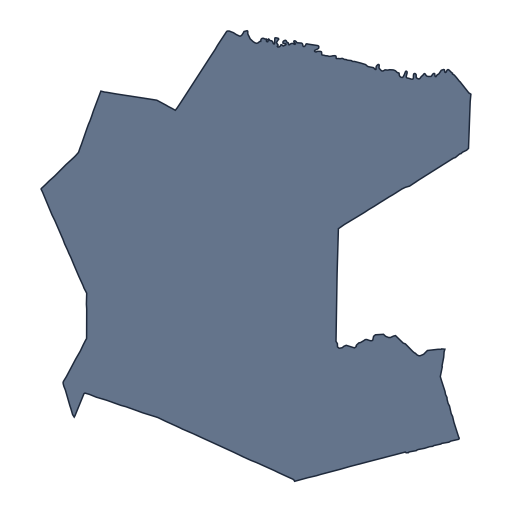 the district of San Pedro Carchá, Alta Verapaz, Guatemala
{"feature_id": "79465075B56532928318150", "entity_name": "San Pedro Carchá", "entity_type": "district", "adm_level": 2, "iso_a3": "GTM", "parent_name": "Guatemala", "parent_adm1": "Alta Verapaz", "projection": "robinson", "projection_center": [-90.098, 15.577], "detail": "fine", "context": "isolated", "style": "filled", "palette": "slate", "viewbox_px": 512, "rotation_deg": 0, "n_neighbors": 0, "source": "geoboundaries", "source_scale": "gbopen_adm2", "svg_char_len": 5766}
<svg xmlns="http://www.w3.org/2000/svg" viewBox="0 0 512 512"><path d="M470.9,94.2L469.4,93.2L468.9,93.0L461.4,83.5L460.1,81.8L459.5,81.4L456.5,77.6L454.3,75.1L452.5,74.0L452.5,73.2L451.6,72.6L449.4,70.4L448.6,69.7L447.9,69.6L447.1,70.1L446.8,70.7L446.1,72.1L445.4,72.5L444.8,72.1L444.7,71.6L444.6,70.6L444.4,69.8L443.7,69.5L441.7,70.1L441.2,70.4L438.9,73.8L438.0,74.4L437.3,74.7L436.8,75.4L436.0,76.6L435.3,76.6L435.0,76.0L434.7,73.7L434.1,73.4L433.4,73.6L432.7,74.2L432.4,74.6L431.8,75.6L431.1,76.4L428.6,76.5L427.4,76.3L426.8,76.1L426.1,75.5L425.6,74.6L425.1,73.9L424.4,73.6L423.8,74.0L422.8,75.3L421.5,76.4L421.1,76.8L420.2,78.1L419.6,78.7L418.8,78.9L418.1,78.8L416.7,78.0L416.2,77.3L416.2,75.7L416.1,74.6L415.6,73.9L415.2,73.6L414.4,73.5L413.7,74.0L413.5,74.9L413.4,75.9L413.4,77.9L413.1,78.6L412.8,79.1L412.3,79.2L411.8,79.2L411.2,79.1L408.8,78.3L407.5,78.1L406.8,77.8L406.3,77.2L406.3,76.2L406.6,74.9L407.1,73.1L407.1,71.9L406.5,71.2L405.7,71.3L405.4,71.8L404.3,74.6L403.2,76.7L402.9,77.1L402.2,77.5L401.6,77.4L400.7,77.1L399.9,76.4L399.4,75.5L399.2,74.6L399.1,73.2L398.4,72.8L397.6,72.7L396.8,72.1L395.7,71.0L395.3,70.7L393.9,70.1L393.1,69.9L389.7,69.7L387.8,70.1L387.3,70.1L385.8,69.9L384.9,69.9L384.4,70.2L383.8,70.6L383.1,70.9L382.3,71.0L381.8,70.9L381.3,70.6L379.4,68.6L379.0,67.5L379.1,66.6L379.2,65.6L379.2,65.0L378.7,64.5L378.1,64.5L377.4,65.0L376.3,66.3L376.1,67.4L375.9,69.4L375.3,69.5L374.6,68.9L374.1,68.2L373.3,67.6L369.0,66.8L367.6,66.4L366.0,64.9L365.4,64.5L360.9,63.1L354.3,61.4L352.9,61.5L352.1,61.2L351.7,60.7L350.9,60.5L347.7,60.2L347.0,60.0L346.6,59.7L345.9,59.5L344.7,59.5L344.0,59.2L342.5,58.4L341.8,58.4L340.2,58.7L338.2,58.5L337.2,58.6L336.7,58.6L336.2,58.3L336.1,56.8L335.9,56.1L335.1,55.7L334.0,55.7L332.7,55.8L331.2,56.2L329.0,56.4L327.8,55.9L325.4,55.7L324.1,55.3L322.1,55.0L321.7,54.2L321.7,52.9L321.4,51.8L320.6,51.4L317.6,51.3L316.3,51.9L315.6,51.9L315.0,51.7L314.6,51.3L314.6,50.6L315.1,50.2L317.0,49.3L318.2,48.6L318.7,48.1L318.8,47.3L318.8,46.5L318.5,46.0L318.0,45.7L317.3,45.5L308.1,44.1L307.3,43.9L306.2,43.9L305.3,45.6L304.6,46.3L304.0,46.6L303.3,46.4L302.8,45.4L302.7,44.5L302.4,43.8L302.0,43.4L301.5,43.1L300.7,43.0L297.4,42.8L296.9,42.6L296.4,41.9L295.8,41.3L295.2,40.9L294.5,40.8L293.8,41.2L293.9,42.0L295.1,43.4L295.4,43.9L294.9,44.4L294.1,44.2L293.4,43.6L292.7,43.4L291.3,43.5L290.4,44.0L289.6,44.7L288.9,44.8L288.6,44.2L288.4,43.4L288.1,42.7L287.3,42.5L286.9,42.0L286.3,40.9L285.6,40.3L284.8,40.4L284.1,40.7L283.6,41.0L283.1,41.5L282.9,42.6L283.1,43.4L283.9,43.6L284.8,43.6L285.7,43.8L286.0,44.3L285.7,44.9L283.3,46.0L282.7,45.7L281.8,44.8L281.0,44.7L280.3,46.0L279.8,46.5L279.4,46.8L278.5,47.0L277.8,47.0L277.3,46.3L277.8,45.8L278.1,45.1L277.8,44.5L277.2,43.8L276.5,42.4L278.0,40.1L278.7,39.3L278.5,38.5L277.9,38.2L276.0,37.8L275.1,37.8L274.8,38.5L274.6,43.4L274.1,44.0L273.4,43.7L273.0,42.8L272.7,41.9L272.3,41.3L271.6,40.8L270.6,40.6L269.8,40.4L269.4,39.9L269.1,39.3L268.5,39.0L268.1,39.5L268.1,40.5L267.9,41.6L267.5,41.8L266.9,41.7L266.3,40.9L266.7,39.3L266.1,38.9L265.3,39.1L264.5,38.8L264.0,38.5L263.4,38.3L262.5,38.3L261.9,38.5L261.3,39.0L261.0,39.4L260.7,41.4L260.0,41.4L259.4,41.6L258.9,42.2L258.1,42.8L257.4,43.1L256.5,43.3L255.8,43.1L255.0,42.8L253.2,41.7L250.2,38.9L249.0,36.3L247.9,34.2L247.8,33.0L247.8,31.5L247.6,31.0L247.1,30.7L244.0,31.5L243.3,32.9L242.0,34.9L240.7,36.0L239.8,36.2L236.2,34.5L233.5,32.7L231.1,31.8L229.5,31.1L227.7,31.0L226.7,31.4L218.3,44.1L217.0,46.2L215.2,49.4L211.1,55.6L180.7,102.6L177.1,108.0L175.3,110.3L172.0,108.4L167.9,106.3L166.5,105.4L156.8,100.2L116.0,93.9L106.8,92.3L104.7,92.1L100.9,91.1L93.3,111.2L91.8,115.8L90.0,120.8L88.5,124.2L87.0,128.3L81.4,144.5L80.4,147.0L78.5,152.4L75.6,155.7L73.9,157.4L66.0,164.6L54.4,176.3L49.2,180.9L45.4,184.7L41.2,188.6L41.1,189.2L42.5,192.0L52.1,215.1L54.8,220.5L61.9,236.9L62.9,239.1L64.6,243.8L67.6,250.2L68.9,253.4L70.8,257.3L73.8,264.6L78.8,276.3L82.9,285.2L84.1,288.3L86.7,293.2L86.4,304.2L86.7,309.0L86.6,337.6L86.5,338.8L85.7,340.0L83.2,344.9L80.3,351.1L75.7,359.0L66.5,376.4L63.5,381.3L63.1,382.3L63.2,383.8L63.9,386.4L65.4,390.1L70.0,406.1L70.8,408.4L72.6,414.6L74.2,417.1L75.0,415.7L84.0,393.6L85.0,393.1L89.5,394.4L96.6,397.3L106.2,400.1L121.0,405.4L125.9,406.7L142.7,412.8L155.6,416.8L158.0,417.6L165.4,421.2L179.7,427.7L182.4,429.1L192.3,433.3L204.9,439.1L212.4,442.5L234.0,452.4L243.5,457.0L251.0,460.4L255.9,462.3L274.4,470.6L278.0,472.4L286.9,476.5L292.9,479.2L294.2,480.3L294.6,481.3L297.6,480.5L307.8,477.7L316.5,475.7L320.7,474.4L340.5,469.2L349.8,466.5L404.3,452.3L405.2,452.0L406.1,452.8L408.4,452.7L409.2,451.9L416.4,450.6L417.3,449.8L418.8,449.4L424.6,448.3L429.5,446.7L432.8,446.3L433.7,445.6L441.0,444.0L441.7,443.4L448.9,442.2L450.8,441.1L458.7,439.3L459.2,438.4L459.1,437.8L458.7,437.2L453.9,422.2L452.6,416.5L451.2,413.6L449.5,406.0L448.1,403.4L447.1,399.4L447.0,397.5L445.5,394.4L445.0,391.4L441.5,380.6L440.3,376.6L442.3,366.7L442.0,366.1L443.7,357.3L444.1,351.8L444.9,349.2L441.6,348.9L441.2,349.3L437.9,349.3L427.4,350.5L423.6,354.3L420.3,355.7L419.1,355.8L417.3,355.1L415.2,353.1L414.6,353.0L412.7,351.4L405.4,343.9L403.2,343.1L395.5,335.6L393.4,336.1L390.5,337.5L388.6,337.5L385.6,336.3L383.5,334.3L376.7,334.7L375.4,334.8L373.6,336.3L372.8,340.0L371.9,340.7L370.2,340.7L366.7,339.5L365.2,339.6L364.0,340.5L360.6,342.5L358.8,342.9L356.6,345.0L356.2,345.6L356.3,346.5L354.5,347.9L346.2,345.3L343.7,346.4L342.3,347.7L339.2,348.3L337.5,346.9L337.4,343.6L336.0,341.4L337.1,273.6L338.4,228.7L344.4,224.5L362.0,213.9L365.1,212.0L368.8,209.5L373.9,206.5L379.2,203.1L389.1,196.9L392.8,194.8L401.9,189.0L405.4,187.3L409.6,186.1L418.9,179.9L453.3,158.2L455.4,157.5L459.7,153.9L460.9,153.7L462.5,152.2L466.6,150.2L468.5,148.4L470.2,101.6L470.9,94.2Z" fill="#64748b" stroke="#1e293b" stroke-width="1.5"/></svg>